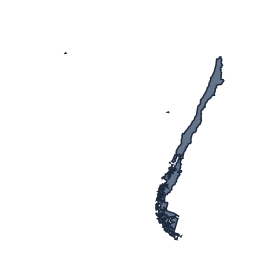 map outline of Chile (Mercator projection), rotated 16°
{"feature_id": "CHL", "entity_name": "Chile", "entity_type": "country or territory", "adm_level": 0, "iso_a3": "CHL", "parent_name": "South America", "parent_adm1": "", "projection": "mercator", "projection_center": [-72.304, -36.699], "detail": "fine", "context": "isolated", "style": "filled", "palette": "slate", "viewbox_px": 256, "rotation_deg": 16, "n_neighbors": 0, "source": "natural_earth", "source_scale": "50m", "svg_char_len": 6118}
<svg xmlns="http://www.w3.org/2000/svg" viewBox="0 0 256 256"><g transform="rotate(16 128 128)"><path d="M194.2,37.3L196.0,36.8L196.5,35.9L196.3,34.8L197.6,34.0L198.4,35.7L199.2,36.2L199.7,39.8L201.6,41.7L200.7,42.8L201.2,43.8L200.5,44.3L200.4,45.6L201.5,46.5L201.2,47.6L202.6,49.2L203.8,55.4L206.3,55.4L207.0,56.1L205.7,60.3L202.4,61.8L201.2,63.3L201.9,64.7L201.1,66.1L201.7,69.2L201.1,70.5L202.1,72.6L200.1,73.4L198.9,76.7L197.1,78.8L196.4,81.7L195.7,82.7L195.9,85.9L196.4,86.4L195.9,87.2L195.2,87.2L194.6,90.1L193.8,90.6L193.6,92.5L194.8,94.2L194.4,94.8L195.7,98.3L195.4,99.8L196.4,100.1L196.3,104.4L195.6,104.8L194.3,108.6L193.7,109.1L194.2,110.4L194.2,112.9L191.8,115.0L191.3,116.5L191.4,120.9L192.6,124.6L192.2,125.6L190.5,126.5L190.0,129.8L189.3,129.9L189.5,131.8L188.9,132.6L189.4,133.4L188.4,135.6L188.6,140.0L189.2,142.0L187.8,143.0L187.7,144.7L187.8,147.2L189.2,148.1L188.6,148.6L189.4,151.7L188.9,154.0L191.2,154.4L191.4,155.0L191.0,156.1L188.0,156.1L188.1,156.8L189.7,157.2L190.7,158.5L190.1,160.1L189.2,160.4L189.6,162.4L188.7,163.6L189.4,166.3L188.5,167.2L188.6,169.3L186.9,170.9L186.3,173.1L187.1,175.0L185.9,176.7L185.9,178.3L184.3,179.5L183.9,181.2L182.7,181.2L182.3,182.8L182.6,186.0L183.9,189.6L186.3,188.8L186.9,189.3L187.1,193.0L186.7,194.4L188.3,197.0L195.9,197.3L201.6,199.0L198.6,198.5L197.2,200.1L192.8,202.0L192.0,208.3L190.9,209.0L187.6,207.4L186.7,205.6L188.4,204.9L188.9,205.9L188.6,206.7L189.0,206.5L189.2,204.9L190.9,203.6L191.1,202.2L190.5,201.9L187.2,204.2L186.2,206.3L184.3,204.9L185.5,201.9L186.5,202.3L187.8,201.2L190.1,201.0L185.5,200.5L184.0,203.9L182.0,202.4L183.6,201.6L184.0,200.2L182.3,201.5L180.6,201.2L180.5,199.7L179.6,197.9L181.3,198.7L181.9,197.7L183.5,198.2L185.2,196.9L186.1,198.5L185.5,199.4L186.3,198.8L185.9,197.3L186.4,196.3L186.2,195.4L183.8,193.9L186.0,196.0L182.5,197.5L181.6,196.0L179.9,195.3L181.0,194.9L180.9,192.8L177.6,191.5L176.6,189.3L178.1,189.2L177.8,188.0L178.3,187.4L179.3,188.1L180.2,190.1L181.4,190.8L182.1,189.1L182.0,188.1L180.8,190.1L179.9,188.8L180.0,188.1L180.9,188.3L178.3,186.4L179.4,185.1L180.8,185.2L179.5,184.0L179.6,182.9L181.3,183.0L180.3,181.9L180.9,179.6L179.9,182.3L179.3,181.7L179.4,177.1L180.7,176.4L178.9,176.4L178.5,173.7L183.0,174.6L182.2,173.7L181.8,171.8L180.9,173.4L179.8,173.6L178.2,172.1L178.7,171.3L179.8,171.9L180.2,171.5L178.9,170.6L180.1,169.2L179.5,167.0L178.8,167.5L176.9,166.7L177.0,165.5L174.9,166.5L175.3,167.8L174.3,166.5L177.2,163.6L176.7,162.0L180.1,161.4L180.2,160.0L180.9,159.5L181.3,159.7L180.6,163.0L179.2,163.9L180.8,163.5L181.1,161.9L181.7,161.7L181.8,163.1L180.9,165.6L181.3,165.8L182.2,162.1L181.6,161.1L181.7,159.9L183.5,159.2L184.7,159.7L182.8,158.6L182.9,157.9L185.7,155.2L185.7,154.3L183.5,152.9L183.6,151.5L184.2,151.3L184.5,150.1L184.2,148.5L185.4,147.0L185.0,145.1L185.3,144.3L185.8,144.3L185.3,143.0L185.8,142.7L186.7,143.7L186.3,141.6L185.1,141.3L186.9,139.9L187.0,139.2L186.2,140.2L184.6,139.3L183.5,140.6L181.7,140.4L182.1,139.6L181.2,138.9L180.8,136.6L181.9,131.6L182.9,130.7L183.6,127.9L182.5,124.5L182.7,122.2L182.0,120.6L182.0,118.9L182.2,118.2L183.6,118.1L184.0,115.8L186.0,111.5L185.9,110.7L187.4,108.4L188.2,104.1L189.5,101.8L189.2,99.3L190.3,97.3L189.3,88.3L189.5,87.0L190.5,86.2L190.8,84.1L190.0,81.0L191.3,78.6L193.3,69.9L193.1,67.6L194.1,65.4L193.6,62.9L194.3,58.4L193.5,57.1L194.5,55.5L195.4,50.0L195.2,42.8L194.2,37.3ZM200.9,201.2L200.8,215.3L197.7,215.3L196.8,214.4L193.9,215.0L188.6,213.6L189.0,212.6L191.7,212.6L192.8,211.9L193.1,212.9L194.6,213.2L192.5,210.5L192.5,209.0L193.3,208.6L193.1,208.0L193.8,207.4L194.3,209.7L193.4,209.8L193.7,210.6L195.1,212.2L196.7,211.7L198.6,213.4L199.4,212.4L195.8,210.5L195.2,209.0L195.4,208.0L198.2,206.0L194.5,205.8L194.1,204.0L195.3,203.1L194.3,201.9L196.0,202.3L198.0,200.2L198.9,201.3L200.9,201.2ZM181.5,148.6L179.2,148.0L179.9,146.2L180.6,140.7L182.5,141.2L182.9,142.7L182.4,143.3L182.7,144.1L181.5,144.7L182.8,146.5L181.6,147.7L181.5,148.6ZM178.6,178.1L179.0,183.4L178.4,185.3L177.8,185.3L177.4,183.6L178.0,181.9L177.1,182.5L176.7,184.4L174.8,184.0L175.0,183.0L175.6,183.1L175.8,182.3L175.2,181.5L176.6,181.0L176.1,180.3L177.1,179.2L177.3,177.9L178.6,178.1ZM196.2,215.5L201.6,216.0L201.8,216.5L201.0,217.3L202.2,217.9L203.1,220.5L200.0,219.2L199.9,217.8L198.8,217.4L198.2,218.2L198.9,219.4L198.0,219.2L195.8,217.2L196.2,215.5ZM181.8,153.5L180.7,155.1L181.6,158.7L180.3,159.1L180.4,158.4L178.4,155.4L178.8,154.5L180.3,154.1L180.7,152.8L181.8,153.5ZM182.8,206.0L184.9,207.1L186.4,207.1L187.5,208.5L186.7,209.8L184.9,210.6L184.6,210.2L185.3,208.9L184.3,208.7L184.2,209.7L183.7,209.7L183.3,208.0L181.3,206.9L182.8,206.0ZM188.2,209.0L191.9,210.5L192.0,211.3L191.5,212.2L190.2,211.2L188.4,211.7L187.4,210.1L188.2,209.0ZM206.8,217.3L205.8,218.2L205.2,217.4L203.0,217.7L202.2,216.1L206.1,216.1L206.8,217.3ZM178.6,177.1L177.2,177.3L176.0,173.9L177.6,172.9L178.6,177.1ZM176.3,177.3L174.6,178.1L174.5,177.1L175.0,175.6L174.8,174.1L175.4,173.9L176.3,177.3ZM184.5,156.1L183.0,156.1L182.8,155.4L183.5,153.9L185.3,154.7L184.5,156.1ZM177.6,195.0L177.7,196.2L178.7,197.0L178.1,198.9L177.5,198.9L176.5,195.9L177.6,195.0ZM178.0,201.8L182.0,203.9L183.9,205.6L179.7,203.9L178.0,201.8ZM179.8,160.6L178.1,160.9L179.5,158.2L179.8,160.6ZM190.3,215.5L192.7,216.0L194.2,215.6L194.6,217.0L194.0,217.4L190.3,215.5ZM176.5,178.5L175.4,180.4L174.5,180.6L175.1,179.9L174.7,178.6L176.5,178.5ZM177.5,186.4L176.0,187.5L175.2,187.3L175.7,185.3L177.4,185.9L177.5,186.4ZM178.6,192.8L178.4,193.5L176.7,193.6L175.8,194.9L176.3,192.8L178.6,192.8ZM176.5,188.3L175.3,189.6L175.3,188.1L176.5,188.3ZM182.1,156.4L181.4,155.5L181.5,155.0L182.0,155.2L182.1,156.4ZM180.2,196.4L179.4,196.6L178.9,195.5L180.2,196.4ZM177.2,172.4L175.9,172.4L177.2,172.2L177.2,172.4ZM205.7,220.1L205.8,221.5L204.9,220.9L205.7,220.1ZM181.4,151.1L180.9,151.6L180.1,151.4L180.2,151.1L181.4,151.1ZM205.1,221.8L203.9,222.0L203.9,221.8L205.1,221.8ZM208.9,217.3L208.8,218.0L208.4,217.8L208.9,217.3ZM47.7,73.3L47.1,73.5L47.3,73.0L47.7,73.3ZM162.6,101.8L161.9,101.9L162.3,101.5L162.6,101.8ZM178.2,150.0L177.6,150.1L177.5,149.8L177.9,149.6L178.2,150.0Z" fill="#64748b" stroke="#1e293b" stroke-width="1.5"/></g></svg>